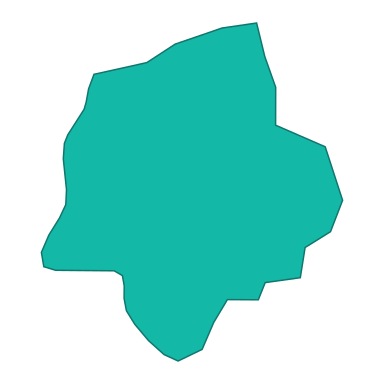 map outline of Zombo (Albers equal-area conic projection)
{"feature_id": "UGA-5589", "entity_name": "Zombo", "entity_type": "District", "adm_level": 1, "iso_a3": "UGA", "parent_name": "Uganda", "parent_adm1": "", "projection": "albers", "projection_center": [30.853, 2.535], "detail": "fine", "context": "isolated", "style": "filled", "palette": "teal", "viewbox_px": 384, "rotation_deg": 0, "n_neighbors": 0, "source": "natural_earth", "source_scale": "10m", "svg_char_len": 612}
<svg xmlns="http://www.w3.org/2000/svg" viewBox="0 0 384 384"><path d="M178.1,361.0L164.1,354.6L148.6,340.7L134.8,324.3L126.4,310.7L124.1,298.5L124.2,285.8L122.4,275.6L114.1,270.8L55.7,270.3L43.8,266.7L41.4,252.4L48.9,235.0L59.5,218.0L65.8,204.6L66.5,189.7L63.3,158.8L64.4,143.3L67.8,134.8L84.1,109.3L86.0,102.8L86.7,99.3L88.6,88.8L94.0,74.3L146.8,62.6L175.2,44.1L222.1,28.0L256.6,23.0L264.8,56.6L275.7,87.3L275.6,125.2L325.2,146.8L342.6,200.3L330.5,231.7L305.1,247.5L300.3,277.7L265.2,282.6L258.3,299.8L227.4,299.6L213.7,322.5L202.1,349.4L178.1,361.0Z" fill="#14b8a6" stroke="#0f766e" stroke-width="1.5"/></svg>